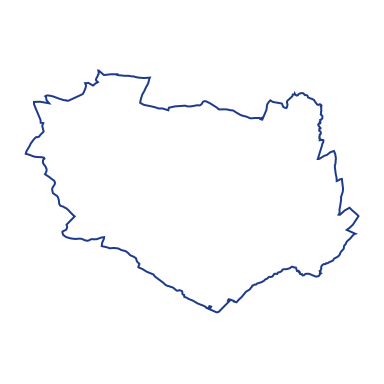 outline of Candelaria, Atlántico, Colombia, rotated 91°
{"feature_id": "7082276B28023975209321", "entity_name": "Candelaria", "entity_type": "district", "adm_level": 2, "iso_a3": "COL", "parent_name": "Colombia", "parent_adm1": "Atlántico", "projection": "orthographic", "projection_center": [-74.882, 10.487], "detail": "fine", "context": "isolated", "style": "outline", "palette": "blue", "viewbox_px": 384, "rotation_deg": 91, "n_neighbors": 0, "source": "geoboundaries", "source_scale": "gbopen_adm2", "svg_char_len": 5866}
<svg xmlns="http://www.w3.org/2000/svg" viewBox="0 0 384 384"><g transform="rotate(91 192 192)"><path d="M305.8,177.8L307.2,175.6L307.5,175.7L308.4,173.7L305.8,172.6L306.3,170.9L309.0,172.2L311.8,165.5L311.8,164.6L311.3,163.1L300.5,152.8L300.1,154.2L298.6,153.5L299.0,151.5L300.3,148.1L300.8,148.2L301.5,145.6L298.8,143.3L295.9,140.3L291.4,136.8L290.8,136.3L288.7,133.0L288.0,132.2L286.8,131.5L286.2,130.8L285.0,130.3L284.3,129.6L284.2,128.9L283.5,127.9L283.5,126.5L282.4,125.4L281.1,121.4L280.3,119.8L279.6,118.6L278.2,117.3L277.3,115.3L275.8,113.9L275.5,113.1L275.6,111.9L275.3,110.5L274.3,109.5L273.5,109.1L272.4,108.2L272.3,107.8L272.4,105.4L272.1,105.4L270.9,104.4L270.5,102.6L269.6,101.0L268.1,100.2L267.6,98.8L267.6,97.0L267.0,94.2L266.4,92.8L265.1,91.1L264.9,90.3L265.5,89.1L265.8,86.8L269.2,85.6L269.3,85.2L269.0,84.2L269.8,83.9L269.6,83.5L270.2,82.9L270.7,82.7L271.3,82.9L272.1,82.5L272.2,82.1L272.2,80.7L272.8,80.6L273.5,79.8L273.4,78.8L272.4,77.8L271.8,76.7L271.7,74.6L271.8,73.3L274.2,67.4L274.4,66.0L274.2,64.9L273.6,63.6L271.8,62.5L271.3,61.9L271.1,62.7L270.2,62.5L269.1,62.8L269.2,62.2L268.6,62.3L268.5,62.1L266.2,61.4L264.8,61.5L264.0,61.3L263.1,60.7L261.9,59.3L261.7,57.3L261.6,57.1L261.0,56.8L260.9,55.7L260.6,54.8L259.8,53.6L258.1,49.9L256.1,48.7L254.5,45.7L253.3,44.2L252.5,43.5L249.4,42.2L246.2,39.4L245.5,39.2L243.6,39.1L242.9,38.8L241.3,37.4L239.3,36.6L238.0,35.5L235.8,33.0L234.1,31.7L231.9,29.7L231.2,28.9L230.9,28.0L227.2,36.6L224.7,33.4L221.8,30.5L213.2,25.1L211.1,27.2L207.4,31.7L205.0,34.2L207.8,39.0L212.2,43.7L212.1,45.0L210.7,44.2L210.0,44.1L206.7,44.2L203.4,43.6L197.1,42.8L195.2,42.8L194.5,43.0L192.3,42.2L189.2,41.3L186.4,41.0L176.3,42.4L176.7,44.1L177.6,45.5L178.5,47.5L175.3,47.7L171.6,48.6L164.6,49.6L162.8,49.6L160.9,49.0L157.6,48.9L155.9,48.7L151.4,49.5L148.5,50.8L149.8,54.3L152.6,57.8L153.5,60.4L156.4,64.9L156.8,66.0L156.8,66.8L144.2,63.1L141.2,62.4L140.3,61.8L138.3,61.4L137.8,61.7L137.7,62.3L138.0,65.2L137.5,65.1L137.0,64.5L136.7,65.1L135.7,65.7L135.3,65.6L135.2,65.4L134.1,65.6L133.5,65.2L132.4,65.3L131.6,64.3L130.5,64.2L129.3,64.6L128.6,65.8L127.3,65.9L126.7,65.8L126.4,65.5L126.3,64.7L125.9,64.6L124.1,66.2L123.5,66.5L123.1,66.5L122.7,67.0L121.6,66.6L121.3,66.1L121.1,65.0L120.4,64.8L119.7,65.5L119.4,65.5L118.5,64.7L117.7,65.1L116.9,63.7L116.4,63.1L115.5,62.9L113.8,63.0L112.8,63.9L112.6,64.3L112.2,64.6L111.4,64.3L109.6,64.4L108.6,64.0L107.6,64.3L105.5,64.2L104.2,64.7L103.7,64.1L103.3,64.0L102.5,64.7L102.0,65.7L102.7,66.9L102.5,68.2L100.2,70.1L97.8,71.7L96.8,73.7L96.2,75.7L95.4,77.6L94.0,78.1L93.4,78.5L93.1,80.3L92.8,80.9L92.9,81.0L91.4,82.4L91.2,84.8L91.8,86.2L92.5,87.3L93.1,87.6L93.7,88.5L93.7,89.0L93.2,89.9L92.7,90.5L92.0,90.9L92.8,91.0L92.7,92.9L94.6,93.4L98.9,98.0L99.9,98.6L100.7,98.7L102.5,98.1L103.7,98.1L105.8,98.7L106.4,99.1L106.0,101.0L105.4,102.2L104.2,102.8L102.4,103.4L101.9,104.0L100.6,112.5L100.3,113.2L99.0,115.3L100.7,116.8L102.7,118.1L104.0,118.5L108.6,119.0L118.4,123.0L118.1,124.4L117.6,124.0L117.5,124.5L117.0,124.2L117.2,124.6L116.8,126.1L116.9,130.1L117.3,134.5L117.1,135.8L116.3,137.3L115.6,139.3L115.1,141.8L114.2,144.7L111.6,149.4L109.8,152.2L109.6,154.6L108.8,158.8L108.8,163.1L109.0,165.2L108.7,167.0L107.5,168.2L106.5,169.7L103.1,175.3L101.1,179.4L101.0,180.7L101.0,181.3L101.6,182.6L103.8,183.8L104.7,184.8L105.3,185.9L105.2,188.6L106.4,194.3L106.5,197.0L106.5,198.0L105.8,200.4L106.7,210.5L108.1,216.6L110.7,217.1L109.0,222.9L109.1,226.9L108.2,229.4L107.6,231.7L107.6,232.1L107.3,233.0L105.8,241.2L105.0,243.1L103.7,245.4L100.6,244.9L95.4,243.4L92.0,241.5L88.3,239.9L84.2,237.7L79.0,236.5L78.4,236.2L78.9,241.9L78.6,247.2L77.9,251.0L77.5,251.8L77.4,254.5L76.9,257.5L77.0,261.0L76.5,267.6L76.2,269.0L75.6,268.8L75.7,275.1L76.6,282.1L72.3,287.2L72.2,287.8L73.7,287.4L75.4,287.4L76.0,287.6L76.5,288.1L78.1,288.5L80.1,289.7L81.2,290.0L81.7,290.0L82.5,289.5L83.8,288.0L85.2,290.5L87.3,292.8L84.7,297.6L85.0,299.1L85.0,300.7L87.4,299.8L90.0,300.3L94.3,302.0L96.1,303.1L102.9,317.2L102.9,319.1L102.4,319.7L102.5,320.9L102.3,322.1L100.7,327.4L99.1,331.8L98.3,335.0L98.0,337.5L98.0,338.8L98.4,339.7L98.8,340.3L99.3,339.7L102.2,339.2L103.1,338.7L105.8,336.4L104.4,345.4L104.7,351.6L106.7,351.5L108.5,350.9L122.6,344.7L125.4,344.5L125.7,341.9L128.5,342.9L134.2,341.4L137.6,344.7L138.7,345.4L139.5,346.2L139.8,347.1L139.8,348.1L140.0,349.0L141.9,350.9L146.4,354.1L149.3,355.4L153.3,357.8L154.8,358.4L156.7,358.9L157.5,355.7L159.5,350.1L159.8,345.6L159.8,343.3L160.3,340.6L161.2,340.1L162.1,341.1L162.9,341.5L165.3,341.6L167.2,340.5L169.1,338.9L171.7,337.8L173.5,337.8L175.6,338.6L176.8,339.3L179.7,334.7L181.5,332.4L182.9,330.3L183.3,329.9L185.2,329.1L186.9,329.5L190.0,331.5L191.6,331.9L193.1,331.7L195.6,331.0L198.5,326.7L199.3,326.1L202.3,325.0L206.1,324.6L207.9,323.5L208.2,323.0L209.0,320.1L209.7,319.4L210.3,317.7L212.3,315.3L215.2,312.5L217.9,309.6L218.4,308.9L226.9,316.9L227.9,316.5L229.0,316.2L230.2,316.4L231.3,316.9L232.0,317.3L232.9,319.0L233.3,320.1L234.1,320.9L235.2,320.8L237.3,319.9L238.5,318.2L239.3,316.9L240.4,312.9L240.7,311.0L241.0,307.6L240.6,304.0L240.6,302.6L240.7,301.8L242.2,298.0L242.6,295.9L242.2,294.2L241.4,293.0L240.9,291.7L241.0,288.8L240.8,286.3L239.1,281.8L238.7,279.1L240.4,279.3L244.5,281.0L247.7,281.3L248.7,276.3L249.7,273.3L249.3,269.1L249.7,265.2L249.8,264.6L251.2,261.8L252.3,257.3L254.0,254.9L256.0,253.0L256.4,252.5L257.7,249.2L259.0,247.1L259.5,246.7L260.9,246.4L262.7,245.6L264.8,243.3L268.0,244.4L268.8,243.0L269.8,240.3L272.4,236.1L275.2,229.0L276.6,228.1L277.9,226.6L281.3,221.8L283.5,218.8L285.4,216.8L285.8,215.9L286.3,214.8L286.7,212.8L287.2,211.8L287.6,210.0L288.0,209.2L290.8,205.7L290.9,204.5L290.4,202.7L291.1,200.6L291.4,200.2L292.3,199.9L293.3,199.9L294.4,199.6L295.1,198.5L295.1,198.1L295.4,198.0L297.0,197.9L297.8,195.4L298.9,193.7L300.7,189.0L303.3,184.5L305.8,177.8Z" fill="none" stroke="#1e3a8a" stroke-width="2"/></g></svg>